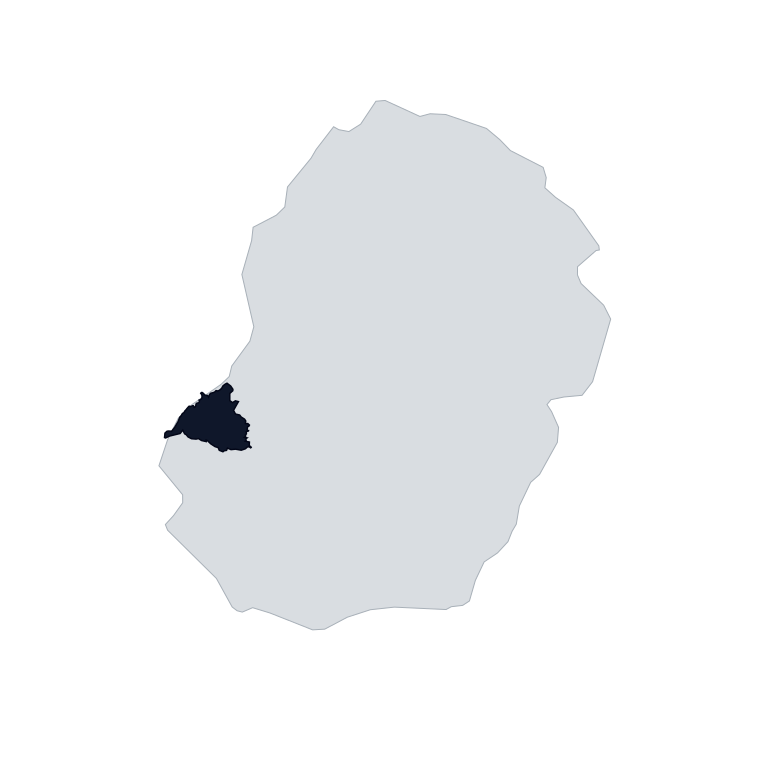 Gevgelija, Gevgelija, North Macedonia (highlighted), rotated 131°
{"feature_id": "65306769B17532316382540", "entity_name": "Gevgelija", "entity_type": "district", "adm_level": 2, "iso_a3": "MKD", "parent_name": "North Macedonia", "parent_adm1": "Gevgelija", "projection": "equal_earth", "projection_center": [22.386, 41.253], "detail": "fine", "context": "in_parent", "style": "filled", "palette": "ink", "viewbox_px": 768, "rotation_deg": 131, "n_neighbors": 0, "source": "geoboundaries", "source_scale": "gbopen_adm2", "svg_char_len": 3173}
<svg xmlns="http://www.w3.org/2000/svg" viewBox="0 0 768 768"><g transform="rotate(131 384 384)"><path d="M350.4,207.3L362.0,208.8L387.3,201.8L403.0,192.2L411.1,190.7L421.7,187.0L437.0,187.5L452.6,191.7L472.3,186.2L491.7,177.2L499.5,179.4L507.9,187.1L513.5,189.2L545.6,229.8L563.3,246.2L584.1,258.7L607.9,267.9L616.4,276.6L631.7,320.0L639.0,336.4L649.1,341.3L651.5,346.1L651.9,352.3L640.7,382.9L636.3,451.4L633.5,456.8L621.5,456.5L605.7,458.0L599.7,463.3L593.4,500.2L567.9,510.8L544.8,516.8L525.3,515.4L491.0,506.7L479.9,505.7L470.3,510.7L439.7,513.3L426.2,519.8L394.6,563.1L362.6,578.0L351.6,585.6L327.2,576.0L315.5,575.0L298.6,586.1L261.5,587.2L251.4,589.1L222.9,590.8L221.7,584.9L216.5,576.1L203.2,572.1L175.9,575.6L169.3,569.2L158.5,532.4L149.8,526.5L140.1,514.2L123.9,474.3L123.6,456.9L124.9,441.7L116.1,406.0L121.8,397.0L130.4,391.3L130.6,377.0L128.4,355.2L138.8,312.5L141.6,309.4L144.1,311.5L168.5,314.9L174.8,309.5L178.9,301.1L180.4,269.9L186.3,255.5L245.4,228.1L262.6,227.1L275.8,239.7L286.3,247.7L292.6,247.5L294.9,239.4L302.2,223.8L314.3,214.9L350.0,207.3L350.4,207.3Z" fill="#d9dde1" stroke="#a8b0b8" stroke-width="1"/><path d="M502.6,464.1L502.0,466.2L502.6,470.1L502.1,472.6L504.1,476.4L502.6,480.3L492.8,482.3L494.2,485.1L497.4,486.1L497.7,489.5L492.3,494.2L488.3,493.7L487.1,494.6L486.1,498.4L486.4,503.0L487.0,503.1L487.8,503.6L489.3,504.0L491.5,504.3L492.9,503.8L494.8,503.8L495.3,503.8L497.5,504.4L498.5,505.0L498.5,505.3L498.7,505.6L499.2,506.4L499.9,506.5L500.3,506.5L501.1,506.5L501.6,506.7L503.1,507.6L504.6,508.7L505.6,508.8L506.7,508.7L507.3,508.4L508.1,508.1L509.0,507.8L508.6,508.7L508.5,509.8L508.6,510.0L508.8,510.2L509.1,510.4L509.6,511.5L509.9,512.0L509.9,512.8L509.6,513.5L509.6,514.6L509.8,515.9L510.9,516.3L511.3,516.2L511.3,515.9L511.3,515.6L512.2,513.6L514.0,512.3L514.5,512.0L515.0,512.1L516.1,512.3L517.2,512.8L517.5,513.0L518.0,512.4L518.5,511.7L518.8,511.5L519.4,511.5L519.7,511.5L520.9,512.4L521.8,512.9L523.4,512.2L523.6,511.9L524.3,511.5L525.7,511.5L526.1,511.9L526.2,512.0L525.7,512.7L525.6,513.4L525.5,513.7L525.7,514.0L526.4,514.4L527.1,514.7L527.3,514.8L528.1,515.4L528.3,516.0L528.6,516.5L529.6,516.6L531.9,516.6L533.1,516.5L535.0,516.6L535.7,516.5L536.3,516.3L537.0,516.2L538.2,516.7L539.2,516.7L540.2,516.4L542.1,516.2L542.4,516.4L543.8,516.1L545.6,515.4L547.6,514.7L549.8,514.3L553.5,513.6L553.9,513.6L554.2,513.5L557.0,513.4L559.2,513.3L559.4,513.9L560.8,515.7L561.8,516.6L562.1,516.8L564.0,517.0L564.6,517.1L564.9,517.0L568.4,514.5L568.0,513.4L564.0,511.7L555.1,505.4L550.8,505.6L552.4,501.8L552.0,499.9L552.5,497.2L551.6,493.4L548.9,489.7L546.9,488.2L546.4,484.7L544.1,480.4L543.0,481.4L542.6,480.3L542.8,475.5L542.1,470.4L540.8,467.5L542.1,464.8L540.8,461.1L539.2,460.8L537.4,459.3L535.1,460.1L533.9,456.4L530.6,453.3L527.6,448.3L523.8,446.1L521.1,445.8L519.8,444.6L519.7,442.8L519.0,442.6L518.7,443.4L518.9,445.3L516.1,447.5L518.2,451.2L516.8,451.2L516.2,452.4L514.5,452.0L515.9,454.4L514.0,454.2L513.5,455.2L511.9,455.1L510.4,456.7L508.4,455.5L508.0,455.7L508.6,456.5L508.2,457.4L505.6,458.9L504.3,458.3L503.3,458.6L503.2,460.8L504.8,462.6L502.6,464.1Z" fill="#0f172a" stroke="#020617" stroke-width="1.5"/></g></svg>